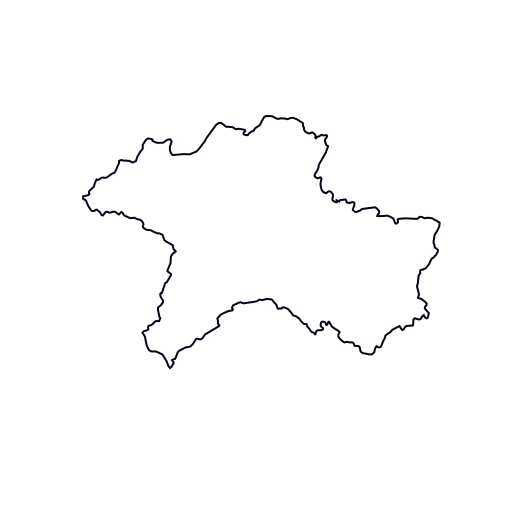 the border of Sachsen-Anhalt, rotated 119°
{"feature_id": "DEU-1600", "entity_name": "Sachsen-Anhalt", "entity_type": "State", "adm_level": 1, "iso_a3": "DEU", "parent_name": "Germany", "parent_adm1": "", "projection": "orthographic", "projection_center": [11.644, 51.989], "detail": "fine", "context": "isolated", "style": "outline", "palette": "ink", "viewbox_px": 512, "rotation_deg": 119, "n_neighbors": 0, "source": "natural_earth", "source_scale": "10m", "svg_char_len": 6129}
<svg xmlns="http://www.w3.org/2000/svg" viewBox="0 0 512 512"><g transform="rotate(119 256 256)"><path d="M130.5,316.3L128.8,315.2L125.9,309.7L125.9,304.8L125.1,302.7L123.4,300.9L122.8,299.2L121.9,298.0L121.4,295.7L120.9,294.5L119.2,293.3L117.2,290.8L116.6,286.5L117.0,279.8L117.7,278.8L119.5,277.9L120.6,276.2L122.1,275.4L123.3,273.3L123.5,272.0L123.2,269.4L122.9,268.6L120.8,267.0L120.6,266.3L121.2,263.1L122.1,262.2L123.7,261.5L124.1,260.8L123.7,260.5L122.4,260.6L120.9,258.9L118.3,257.5L118.1,255.9L116.4,253.4L116.3,252.3L117.4,251.7L120.4,252.1L121.7,251.7L124.8,248.5L125.0,246.3L125.9,246.0L131.8,245.1L145.7,245.3L148.4,244.2L150.5,243.9L155.6,244.1L157.5,243.8L158.0,243.0L158.2,242.2L158.2,239.7L156.1,238.0L155.9,237.4L156.1,237.0L157.0,236.1L160.7,235.0L162.9,233.8L165.4,231.6L166.5,230.3L167.5,228.1L167.2,225.4L166.8,224.8L165.4,224.6L164.3,223.8L163.5,222.2L163.7,221.0L164.6,219.0L165.5,218.1L169.7,216.5L170.2,215.8L170.4,214.8L170.4,212.6L169.8,211.4L169.3,211.4L168.7,212.4L168.2,212.6L168.0,209.6L166.3,209.5L163.2,205.2L163.3,204.4L165.0,202.8L165.2,201.9L164.4,200.7L164.1,199.4L162.1,198.1L161.7,196.2L161.9,195.6L163.7,194.7L168.4,193.9L169.0,193.1L169.4,190.8L168.8,189.5L165.7,186.9L164.0,186.3L163.0,185.4L155.6,175.4L155.9,173.0L157.1,169.9L159.0,169.1L161.4,169.6L162.2,169.4L161.4,167.5L158.6,162.9L157.3,161.3L156.6,158.3L156.6,154.8L156.8,153.9L159.5,150.6L159.9,149.8L159.8,149.3L159.4,148.7L157.8,148.2L156.9,148.5L155.7,149.6L154.8,149.6L153.9,148.7L150.4,143.2L145.5,133.2L144.0,132.2L142.9,132.1L141.9,131.0L141.4,129.1L141.2,126.7L139.2,124.3L137.5,120.1L137.8,117.6L137.5,114.7L137.9,113.3L137.7,111.9L138.1,111.3L141.5,110.0L146.4,109.7L150.8,110.0L156.6,108.0L158.5,107.0L159.5,105.6L161.5,104.1L161.9,103.5L162.1,101.3L162.5,100.1L162.9,99.6L164.1,99.1L167.8,99.1L170.9,99.9L173.5,101.1L179.5,100.7L184.5,101.6L185.7,102.8L187.0,103.3L188.0,105.0L188.5,105.3L189.7,105.1L191.7,103.8L192.5,104.2L194.7,104.1L200.9,101.4L204.5,100.5L210.8,94.6L213.7,94.3L214.1,93.9L213.5,91.2L213.5,89.6L214.1,85.8L214.9,83.7L216.5,83.0L217.9,83.5L219.2,83.4L220.2,82.7L222.2,77.1L226.7,75.9L227.8,76.5L227.8,78.1L227.2,79.7L226.4,80.6L227.8,81.3L231.2,81.5L232.3,82.3L233.1,84.5L233.2,86.1L233.7,87.1L235.5,87.4L239.2,85.6L240.8,85.2L243.9,90.0L245.3,91.1L248.5,91.3L249.8,92.0L249.2,94.0L248.0,95.8L247.8,96.6L254.5,101.0L257.4,101.6L261.6,103.8L263.3,104.2L264.8,103.5L267.4,103.6L275.0,102.8L276.1,103.8L276.6,105.0L276.5,106.9L279.1,107.0L283.0,105.9L285.9,107.0L287.0,108.9L289.1,115.4L289.2,116.5L288.7,118.3L285.4,121.2L285.2,121.7L285.1,122.3L285.4,123.6L286.4,125.2L286.7,126.3L285.3,127.9L284.8,129.0L285.1,130.4L286.2,132.2L286.9,134.7L288.7,136.8L288.5,139.8L287.5,143.0L286.4,145.1L284.4,146.0L282.0,146.0L281.5,148.7L281.3,152.7L280.9,155.6L278.1,160.2L278.2,160.5L278.8,160.7L281.3,160.5L282.1,160.8L282.2,161.2L280.6,163.2L280.5,163.7L280.7,165.2L281.5,166.4L282.8,166.8L285.3,165.9L286.1,164.9L286.6,162.5L287.3,161.9L288.4,162.2L289.1,162.8L291.3,166.2L291.9,166.7L294.3,166.5L295.5,166.0L295.9,166.3L295.2,168.0L295.3,170.5L295.1,171.7L293.9,173.9L293.0,176.4L292.4,177.4L291.1,178.5L291.3,179.4L292.1,180.8L292.1,181.5L291.3,184.6L289.6,188.4L289.7,189.6L289.3,191.5L289.9,194.6L289.8,195.2L288.5,197.5L287.0,201.9L286.9,202.8L287.3,206.6L288.5,208.1L289.5,208.1L289.9,208.5L290.5,210.0L291.4,211.1L291.1,212.0L288.7,214.6L287.4,218.8L286.6,220.1L286.4,221.1L288.3,225.8L291.4,228.9L292.4,231.8L295.0,233.2L296.9,235.3L303.5,244.1L303.9,247.1L305.4,248.6L310.3,252.1L312.8,252.0L314.2,250.2L315.1,250.4L317.8,253.7L322.8,257.4L324.6,258.5L329.4,259.5L330.9,258.0L333.5,256.5L333.9,255.9L334.3,254.5L335.6,254.5L349.1,262.4L354.3,263.1L355.9,264.2L357.3,268.0L357.8,268.3L363.4,268.5L366.7,269.4L368.0,270.5L369.9,273.1L375.9,277.1L377.8,277.8L384.7,276.9L385.5,277.0L386.4,278.2L387.8,279.0L389.0,276.6L389.6,276.1L393.7,276.2L395.7,277.0L394.8,279.1L391.3,283.3L387.7,289.6L387.5,290.8L387.9,296.6L388.6,298.4L389.6,300.1L390.4,302.1L390.1,304.1L387.3,308.2L380.2,314.2L378.1,318.2L376.2,317.7L374.0,315.5L372.5,314.6L370.6,315.9L369.2,316.2L367.8,314.5L365.4,313.3L362.5,312.6L361.2,311.7L360.0,309.2L356.9,309.5L356.0,311.0L350.6,315.7L348.5,316.7L345.4,315.4L341.5,314.9L340.0,315.8L338.2,319.3L336.0,321.2L334.8,321.3L334.3,320.6L333.8,320.4L323.7,322.3L322.3,321.3L313.9,321.1L312.9,321.5L312.4,325.4L312.1,326.2L311.6,326.4L303.8,327.3L297.6,330.2L294.4,329.9L291.0,328.4L290.6,329.0L290.0,331.4L286.9,334.1L286.9,342.0L286.4,344.1L285.5,344.8L284.6,346.3L282.9,347.7L282.8,348.2L283.1,351.6L284.1,353.6L284.5,357.4L284.4,360.2L286.0,364.2L286.1,365.6L286.0,367.7L285.4,369.1L284.7,369.5L283.2,369.6L281.9,370.7L280.9,372.5L280.6,373.6L280.5,374.9L281.3,377.5L281.5,381.0L283.6,383.7L284.0,385.5L284.4,390.4L283.9,392.2L282.8,393.8L282.8,395.1L286.1,396.0L285.7,400.7L286.7,402.7L289.1,404.9L289.5,407.8L289.9,408.4L290.3,408.8L294.8,409.6L295.0,410.9L293.2,414.2L292.7,417.7L292.9,418.3L295.1,419.4L296.1,421.0L296.1,421.6L296.1,422.2L293.6,426.9L289.9,431.7L289.7,433.1L290.1,434.5L288.2,436.1L287.3,436.1L286.5,434.6L283.8,432.1L283.1,431.8L282.6,431.8L281.8,432.7L280.1,433.4L274.0,431.4L270.8,432.2L266.5,432.6L266.2,432.4L266.0,430.9L262.5,429.0L261.5,427.8L260.9,425.9L259.3,424.4L254.1,422.0L251.7,420.2L250.5,420.0L240.9,420.9L239.6,421.9L238.8,421.6L237.3,420.3L236.8,418.0L235.6,416.1L235.2,414.9L234.3,413.2L234.1,409.9L233.9,409.1L231.1,407.0L226.8,407.9L221.9,407.8L217.0,407.1L213.7,409.0L207.9,408.6L205.8,407.6L205.1,406.5L204.3,403.3L204.6,402.8L205.4,402.5L205.5,402.2L205.4,399.7L204.8,397.0L202.5,393.0L201.4,391.8L199.1,390.9L196.7,389.3L195.5,387.3L196.9,385.2L202.3,384.2L205.0,382.7L206.3,381.5L207.3,380.1L208.2,378.0L202.1,368.9L199.2,363.3L193.7,358.9L191.0,358.0L181.1,356.5L176.6,356.5L160.3,354.4L157.5,352.8L156.6,351.1L156.8,348.4L157.4,344.5L156.3,342.7L154.7,338.9L154.9,335.0L153.4,333.3L152.8,332.0L151.3,327.7L151.3,326.7L152.1,325.9L154.1,326.6L155.1,326.3L155.5,325.8L155.4,324.2L154.5,322.1L154.1,321.7L152.6,321.7L149.2,320.2L147.8,318.8L144.7,318.7L140.0,316.2L130.5,316.3Z" fill="none" stroke="#020617" stroke-width="2"/></g></svg>